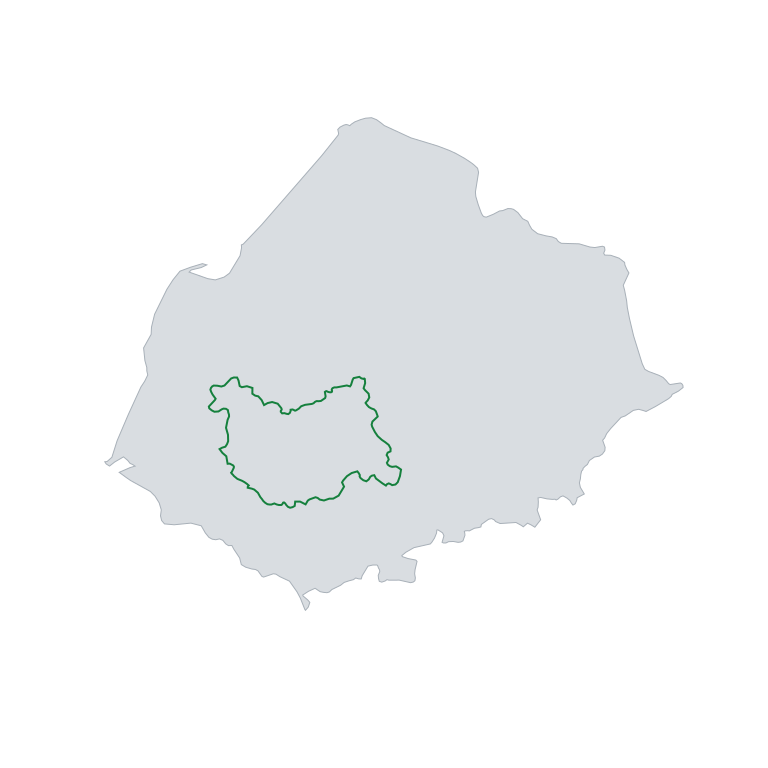 where Greater Poland sits in Poland, rotated 311°
{"feature_id": "POL-3144", "entity_name": "Greater Poland", "entity_type": "Voivodeship", "adm_level": 1, "iso_a3": "POL", "parent_name": "Poland", "parent_adm1": "", "projection": "albers", "projection_center": [17.345, 52.331], "detail": "fine", "context": "in_parent", "style": "outline", "palette": "green", "viewbox_px": 768, "rotation_deg": 311, "n_neighbors": 0, "source": "natural_earth", "source_scale": "10m", "svg_char_len": 6420}
<svg xmlns="http://www.w3.org/2000/svg" viewBox="0 0 768 768"><g transform="rotate(311 384 384)"><path d="M602.1,409.1L605.3,414.4L606.7,418.6L605.9,422.1L606.5,425.5L617.8,439.3L622.5,449.6L625.3,453.6L631.3,458.5L632.0,460.6L630.0,462.9L626.8,464.0L626.1,466.0L629.9,470.7L633.2,478.9L633.6,485.8L631.9,487.7L629.8,492.1L628.5,496.0L615.5,499.8L612.6,504.1L606.0,512.5L601.4,517.4L594.6,526.1L584.0,540.9L568.7,565.6L566.2,571.2L567.1,575.6L570.9,585.7L572.0,590.3L571.7,594.7L571.0,598.6L571.3,600.3L579.2,607.0L579.6,608.4L579.1,610.4L577.6,612.0L571.8,610.9L565.3,608.3L563.1,608.9L559.6,608.4L545.0,603.6L535.2,599.8L534.0,596.9L532.0,592.8L527.7,589.5L518.2,587.0L514.3,584.8L499.1,584.3L492.6,584.6L488.0,585.9L485.0,585.9L481.3,592.4L478.6,594.4L474.4,594.8L470.8,593.8L466.9,590.7L461.0,589.2L456.7,590.3L453.6,589.7L450.9,589.6L449.9,590.3L447.8,590.3L444.7,592.0L441.3,594.4L437.6,596.3L434.8,600.0L432.4,607.3L424.9,604.4L422.5,605.8L419.0,606.9L416.6,606.0L417.1,603.5L418.0,600.7L417.9,596.8L417.0,592.5L414.7,591.2L411.2,590.8L409.4,590.0L409.2,588.6L407.4,586.8L404.2,582.3L401.2,576.7L399.1,575.0L396.3,577.8L392.1,581.1L389.4,582.2L384.3,591.3L374.9,591.8L374.2,587.6L373.1,583.6L367.6,582.8L367.4,580.4L366.1,574.5L354.9,563.2L353.4,558.4L353.8,556.5L353.0,553.5L350.6,551.7L341.9,549.6L339.7,550.9L337.7,549.6L334.5,546.9L329.0,544.7L328.4,543.6L326.4,541.6L325.3,541.4L324.6,542.6L323.0,544.3L317.4,546.5L315.1,545.6L313.1,543.8L310.7,539.7L307.4,536.2L304.6,535.0L303.0,533.1L302.6,531.7L308.8,528.8L310.1,525.8L309.3,520.4L308.4,519.7L305.9,521.5L300.8,523.2L296.1,523.9L293.7,523.9L280.2,514.0L271.4,510.9L266.3,510.0L265.7,511.0L268.0,516.6L272.0,523.5L271.8,525.3L264.2,529.3L260.9,531.6L258.2,534.9L255.8,536.4L253.7,536.0L251.5,534.4L246.0,524.2L239.1,516.3L238.3,514.6L236.1,514.1L233.0,512.3L232.0,509.9L233.6,507.5L235.8,505.2L239.6,503.9L240.8,502.6L241.5,500.6L242.9,498.1L242.5,497.1L239.9,494.2L236.0,491.4L225.0,493.3L221.9,494.7L220.3,492.7L219.0,489.9L216.3,489.3L212.5,486.7L208.1,484.1L203.7,483.3L194.7,479.5L191.2,479.2L189.1,477.9L187.1,475.1L185.4,472.1L184.6,466.0L178.0,463.0L171.4,461.1L170.9,462.0L171.0,468.1L170.5,471.3L166.0,473.2L161.7,473.2L161.9,472.2L167.5,461.4L170.1,454.6L173.2,442.0L170.3,431.9L169.6,427.2L168.2,425.0L159.3,419.8L158.7,418.1L160.3,411.5L159.7,408.7L157.7,405.7L155.0,399.8L154.1,394.8L158.0,389.2L160.8,379.1L162.3,375.1L160.0,372.7L159.5,369.5L160.3,365.0L159.2,361.5L156.1,359.2L154.2,356.2L153.4,352.5L154.4,346.8L157.1,339.1L152.3,329.5L140.1,318.0L134.4,310.1L135.1,305.7L137.9,301.8L142.9,298.5L146.8,292.3L149.1,284.9L149.6,278.2L144.9,256.1L144.3,250.5L143.6,242.1L154.3,247.2L158.7,250.0L158.3,247.0L157.5,244.5L158.2,240.8L158.1,235.2L148.4,231.9L142.0,230.7L141.4,226.8L142.1,224.3L143.9,225.9L150.2,226.7L166.1,219.8L193.4,211.0L222.3,202.5L229.0,201.6L235.8,199.8L238.3,196.4L240.8,194.2L244.8,188.2L253.5,178.9L268.7,175.7L274.4,171.2L286.2,165.1L313.1,158.0L324.3,156.4L335.3,156.0L345.2,161.4L355.7,168.0L357.6,172.1L351.9,169.6L343.6,163.7L340.6,163.5L347.9,181.9L351.9,188.4L359.8,193.2L366.3,194.7L386.4,191.2L393.4,187.1L395.4,185.1L397.3,186.0L423.7,187.2L515.4,187.2L541.8,186.1L543.3,185.4L545.8,182.1L549.1,182.3L553.1,183.9L555.0,185.2L555.9,186.8L556.5,188.7L558.7,188.9L562.7,190.0L568.2,192.9L572.5,195.7L576.8,199.9L578.6,205.0L579.1,210.8L579.2,214.6L587.4,242.8L598.8,268.3L603.3,280.6L605.2,287.3L607.2,297.0L608.1,303.8L608.4,307.7L608.2,313.1L605.8,316.5L588.9,327.0L585.8,330.2L581.1,337.6L576.9,345.2L575.9,347.8L575.8,349.5L577.0,351.7L583.7,355.1L590.4,357.7L592.7,359.8L597.7,362.4L599.7,364.9L600.8,367.2L601.2,372.6L599.7,380.2L601.1,385.8L599.3,389.7L597.8,394.0L598.2,401.3L602.1,409.1Z" fill="#d9dde1" stroke="#a8b0b8" stroke-width="1"/><path d="M373.2,360.7L373.4,363.2L374.4,365.2L375.1,365.4L375.2,366.2L372.3,369.2L367.4,371.4L366.9,373.7L366.6,378.7L364.2,381.7L360.9,382.5L359.2,382.4L357.6,382.5L357.0,385.0L356.7,387.8L357.3,390.6L358.3,393.1L358.1,395.7L355.8,399.9L355.3,400.6L348.1,399.9L345.2,401.3L344.0,403.1L341.8,408.6L340.5,413.5L340.4,418.9L340.9,423.2L341.1,427.5L339.7,431.3L337.4,433.1L334.6,431.8L332.1,432.6L331.3,435.1L330.1,437.1L326.4,437.9L325.6,439.7L325.8,442.3L326.8,444.5L329.7,447.1L330.2,449.3L330.6,453.0L324.9,456.5L318.9,458.8L315.7,458.6L313.0,456.5L312.7,454.5L312.1,452.8L310.4,452.0L308.6,452.1L308.0,448.1L307.4,439.9L308.8,436.5L306.9,435.0L305.0,434.5L302.0,435.1L299.0,434.5L297.8,431.5L297.6,428.1L298.2,426.3L299.4,425.5L300.1,423.6L300.6,421.2L295.6,418.0L290.1,416.5L284.3,416.5L282.2,416.9L280.3,421.2L270.0,423.0L264.2,420.9L261.5,417.9L256.7,415.1L254.6,411.3L254.5,408.7L253.6,406.6L248.0,403.5L246.0,403.0L241.7,403.8L240.2,397.8L237.0,394.1L233.4,396.6L231.1,395.8L229.0,394.3L228.3,392.1L228.6,389.4L229.1,387.8L229.0,386.2L228.2,385.7L227.4,386.0L225.5,386.0L223.8,384.2L222.7,382.1L221.9,379.6L219.2,378.1L217.9,376.6L216.8,374.9L216.4,372.3L216.5,369.6L217.1,367.3L217.3,366.1L217.5,364.9L219.2,360.2L219.2,355.3L218.3,352.9L216.3,349.2L217.3,348.5L218.7,348.5L218.7,346.1L218.4,343.1L217.8,340.3L216.2,335.6L216.1,331.1L216.4,329.4L216.5,327.6L216.8,326.8L217.6,326.9L222.2,325.6L223.1,325.0L223.6,323.7L222.7,319.8L221.2,318.3L226.0,312.4L226.0,307.2L227.0,302.6L229.7,303.6L232.6,305.4L235.6,305.0L238.6,303.9L243.3,299.6L247.3,293.5L254.3,289.5L257.8,288.4L259.2,287.1L260.4,285.1L261.9,283.3L261.6,281.0L260.1,279.0L258.3,278.1L254.7,277.1L251.8,274.2L251.1,271.3L251.0,268.1L252.1,266.6L260.9,266.9L262.4,266.6L263.6,261.5L264.6,258.9L265.8,256.7L267.5,256.0L269.4,255.9L271.1,256.5L273.4,259.4L275.4,262.9L278.2,264.6L287.9,265.0L290.4,266.4L292.5,268.9L291.2,271.9L287.8,276.4L288.3,278.8L292.4,282.0L294.7,287.3L290.3,291.0L290.7,294.4L292.2,297.2L291.6,302.2L289.4,307.3L293.3,308.7L297.0,311.4L299.4,316.7L298.4,322.3L297.8,323.4L297.0,323.7L296.1,323.7L295.3,324.3L295.0,326.4L296.7,328.0L297.5,329.9L298.5,331.5L300.5,331.9L302.4,331.2L303.3,330.4L304.8,331.7L305.2,332.8L305.4,334.1L305.8,334.6L306.4,334.9L309.5,335.9L312.9,336.1L316.5,338.1L321.6,342.6L323.3,343.5L325.1,343.6L326.8,344.3L328.2,346.0L329.8,347.5L334.8,348.8L336.4,348.0L339.2,344.6L340.2,344.8L340.9,345.3L341.3,346.8L341.9,348.1L342.9,349.4L344.0,349.8L344.8,349.3L345.2,348.4L346.1,348.0L347.1,347.9L348.8,348.7L350.3,350.4L358.5,356.9L359.9,359.9L361.7,359.7L366.8,357.5L368.5,357.2L373.2,360.7Z" fill="none" stroke="#15803d" stroke-width="2"/></g></svg>